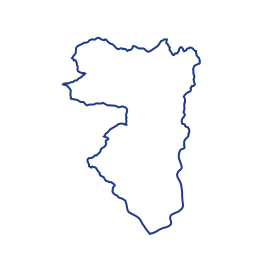 Formiga, Minas Gerais, Brazil, rotated 286°
{"feature_id": "56859067B14486688902799", "entity_name": "Formiga", "entity_type": "district", "adm_level": 2, "iso_a3": "BRA", "parent_name": "Brazil", "parent_adm1": "Minas Gerais", "projection": "albers", "projection_center": [-45.505, -20.525], "detail": "fine", "context": "isolated", "style": "outline", "palette": "blue", "viewbox_px": 256, "rotation_deg": 286, "n_neighbors": 0, "source": "geoboundaries", "source_scale": "gbopen_adm2", "svg_char_len": 5902}
<svg xmlns="http://www.w3.org/2000/svg" viewBox="0 0 256 256"><g transform="rotate(286 128 128)"><path d="M138.4,82.2L139.3,83.6L140.1,85.0L140.5,86.6L141.0,88.2L141.8,89.5L142.7,90.2L143.1,91.3L143.6,93.8L144.0,95.1L144.5,96.0L145.2,96.8L145.1,98.0L144.7,99.5L144.4,101.1L144.2,102.8L144.7,103.8L145.0,104.9L145.0,106.2L145.5,107.4L145.7,108.9L145.9,110.7L145.5,111.8L145.3,113.3L145.9,114.7L146.9,115.8L147.2,117.0L147.1,118.5L147.1,119.8L146.4,121.1L145.3,122.2L143.8,122.4L142.2,122.6L140.9,122.5L139.5,122.6L138.5,123.1L137.6,123.8L136.5,123.5L135.6,124.0L134.7,124.4L133.7,124.7L132.2,124.8L130.7,125.6L130.4,124.6L130.8,122.6L130.6,121.2L130.3,120.0L129.7,118.8L129.1,117.7L127.9,117.1L127.2,116.3L126.2,115.4L125.1,114.6L124.1,113.4L123.1,112.5L121.9,111.3L120.1,110.5L118.6,109.9L117.1,108.7L116.1,108.0L114.2,107.8L113.2,107.2L113.0,108.8L113.1,110.3L112.7,111.5L112.0,112.2L111.0,111.4L109.7,110.2L108.2,110.5L106.9,111.4L105.6,111.3L103.7,110.7L102.4,109.5L101.3,108.5L100.3,107.8L99.0,107.9L97.9,107.8L96.6,107.5L95.2,106.6L94.1,105.9L93.0,105.5L92.7,103.9L90.6,102.7L89.6,101.6L88.7,100.3L88.4,98.9L87.4,98.1L86.3,97.8L85.4,98.1L84.5,98.6L83.6,99.3L82.4,100.5L80.6,101.0L80.1,102.5L79.8,103.6L81.0,104.1L81.1,105.8L81.1,107.1L80.7,108.4L79.4,109.6L78.3,111.0L77.7,112.1L77.1,112.8L76.4,113.5L75.4,113.7L74.7,114.5L74.3,116.6L74.1,117.9L73.1,119.1L72.1,120.1L71.1,121.5L71.2,123.2L70.8,125.0L71.3,126.7L70.0,130.3L69.1,131.1L66.9,130.1L65.4,130.0L64.6,130.5L63.5,130.4L62.4,130.7L61.5,131.8L60.8,132.7L60.4,133.8L60.1,135.0L60.0,136.3L59.1,137.3L58.6,138.6L58.5,141.5L58.2,143.0L57.9,144.3L57.0,145.8L53.7,147.8L51.4,148.9L50.1,149.6L48.9,150.2L47.8,151.4L47.1,152.7L46.8,153.9L46.5,155.5L46.2,156.8L46.0,158.0L45.6,159.7L45.1,161.4L44.6,162.7L44.0,163.9L43.0,165.2L42.0,166.2L41.0,167.2L40.0,168.1L39.3,169.0L38.5,170.1L37.6,171.1L36.5,172.3L35.6,173.5L33.9,175.8L33.1,177.0L32.2,178.2L33.0,179.2L33.7,180.7L34.7,181.9L35.4,182.8L36.4,183.9L38.8,186.0L40.0,187.3L41.4,189.1L42.0,190.2L42.5,191.0L43.2,192.1L43.9,193.1L44.7,194.0L45.7,194.9L47.1,195.7L48.5,195.7L49.6,195.3L50.6,194.7L51.7,194.0L52.8,193.4L53.8,193.1L54.7,193.1L56.0,193.4L57.3,194.4L58.1,195.3L59.1,196.4L60.3,198.0L61.5,199.4L62.5,200.3L65.2,202.0L66.4,202.3L68.3,202.4L69.3,202.1L72.0,200.9L73.3,200.3L76.3,199.3L77.6,198.7L79.0,198.3L80.6,197.9L81.7,197.5L83.0,197.0L84.4,196.4L85.9,195.7L87.3,195.1L88.2,194.7L89.0,194.1L89.9,193.5L90.9,192.7L92.5,191.0L93.7,189.8L95.0,188.8L96.0,188.3L96.9,188.0L98.6,188.1L100.3,188.4L101.6,189.4L102.8,190.2L104.3,190.6L105.6,190.3L107.5,189.1L108.6,188.4L109.5,187.7L110.4,187.0L111.5,186.3L112.6,185.5L114.1,184.8L115.7,184.4L118.6,184.0L120.2,184.2L121.5,184.5L122.2,185.1L122.9,186.2L123.7,187.3L124.8,187.7L126.0,187.3L126.9,186.5L127.9,186.6L129.1,186.1L130.3,185.7L131.7,185.9L133.2,186.3L134.2,187.0L135.4,187.5L136.5,188.1L137.7,188.3L139.1,187.6L140.1,188.1L141.3,187.9L142.7,187.5L144.2,186.6L145.2,185.2L145.1,183.6L145.6,182.5L146.9,181.9L147.2,180.7L146.9,179.1L147.9,178.5L149.2,177.7L150.6,177.6L151.6,177.6L153.1,178.1L154.7,178.8L156.4,179.1L157.5,178.1L158.5,177.0L159.9,177.1L161.3,177.0L162.9,176.8L164.2,176.2L165.1,175.8L166.1,175.7L167.3,175.3L168.2,175.8L169.4,175.4L170.6,175.1L171.8,174.6L173.5,173.0L174.7,173.2L175.7,173.7L176.8,174.3L178.1,175.1L179.0,175.9L179.6,176.9L180.4,177.7L181.6,177.9L182.6,177.9L183.6,177.1L184.9,177.8L186.0,177.8L186.3,178.9L187.2,179.9L188.5,180.2L189.6,179.6L190.5,178.7L191.6,178.3L192.4,177.7L194.3,177.8L195.9,177.6L197.0,177.0L197.8,176.2L198.7,175.7L200.4,175.4L201.7,174.6L203.0,174.4L204.5,174.5L205.7,174.5L206.5,175.2L207.3,175.9L208.1,177.0L209.0,177.9L209.6,178.8L210.6,179.1L211.7,178.7L212.9,178.1L214.0,177.6L215.1,176.7L215.8,175.1L217.0,173.7L218.3,173.3L218.9,172.6L220.7,172.3L220.6,171.1L221.3,169.9L222.2,168.4L222.6,167.0L222.5,165.4L221.4,164.5L220.6,163.0L218.9,162.5L217.8,161.6L217.2,160.8L217.7,159.9L218.7,159.3L219.5,158.6L220.4,157.3L220.0,156.1L218.7,155.7L217.5,155.3L216.3,155.6L215.0,155.4L214.2,155.0L213.3,154.7L212.9,153.4L212.4,152.4L211.1,152.3L210.5,151.4L211.1,150.3L213.2,148.2L214.2,146.7L215.5,146.1L216.8,146.1L217.4,145.1L218.4,143.9L219.7,142.9L220.0,141.6L221.0,141.1L222.5,141.1L223.8,141.0L223.5,139.7L223.1,138.3L222.1,137.6L221.3,136.9L220.6,135.8L215.6,134.3L214.5,133.6L213.6,132.7L211.8,131.4L210.9,130.5L209.9,129.7L209.1,129.1L208.2,128.3L207.3,127.2L206.8,125.9L207.2,124.6L207.9,123.2L208.6,121.8L208.6,120.1L208.1,119.2L207.8,117.6L207.5,116.1L207.8,114.7L208.3,113.1L208.4,111.6L208.0,110.2L207.1,110.2L206.0,110.1L204.9,109.8L203.6,108.7L203.2,107.2L201.9,106.3L202.5,105.1L203.2,103.8L203.1,102.5L202.4,101.5L202.9,100.4L202.6,99.1L202.0,98.2L201.3,97.5L201.1,96.4L201.4,95.1L202.2,93.7L202.9,92.6L203.8,91.2L204.2,89.7L204.2,88.5L204.5,87.0L205.0,85.6L205.6,84.5L206.4,83.5L206.9,82.5L206.8,81.4L205.9,81.0L205.7,79.9L205.8,78.6L206.1,77.0L206.5,75.9L206.5,74.5L206.0,73.6L205.3,72.9L204.0,72.0L203.5,70.7L203.5,69.3L202.4,67.7L201.4,66.5L200.4,66.3L199.5,65.6L198.6,64.5L198.0,62.6L197.2,61.6L196.0,60.6L195.0,59.4L194.0,58.1L193.1,57.4L192.4,56.7L191.2,56.2L189.7,56.2L187.3,56.7L186.1,57.1L184.0,56.6L181.8,55.5L180.9,55.3L179.7,54.9L179.3,56.4L178.0,57.3L178.6,58.7L177.9,59.7L175.8,61.1L174.9,61.3L174.1,61.8L173.2,62.7L170.1,63.4L169.0,64.1L168.5,65.4L168.2,66.8L168.2,68.2L168.2,69.5L168.8,70.6L168.5,71.8L167.1,71.1L165.9,70.1L165.1,69.5L164.2,69.2L163.2,68.3L162.2,67.1L161.2,66.5L159.5,65.5L159.2,64.2L158.4,63.4L157.5,62.8L156.8,62.0L156.4,60.9L155.7,59.8L154.6,58.7L154.2,57.2L153.9,56.0L153.2,55.0L152.9,54.0L152.0,53.6L152.0,56.2L152.0,57.5L151.3,58.6L150.7,59.7L150.1,60.6L149.5,61.4L148.7,62.4L147.4,62.9L145.8,63.1L143.8,63.6L142.0,64.6L140.5,64.8L140.5,67.5L140.9,69.5L140.9,71.9L140.6,73.2L140.1,74.4L140.0,75.7L140.4,76.7L140.7,77.9L140.3,78.9L139.6,79.7L139.0,80.8L138.4,82.2Z" fill="none" stroke="#1e3a8a" stroke-width="2"/></g></svg>